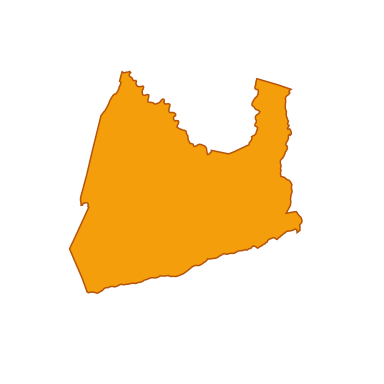 the district of Queimadas, Bahia, Brazil, rotated 24°
{"feature_id": "56859067B17136917301382", "entity_name": "Queimadas", "entity_type": "district", "adm_level": 2, "iso_a3": "BRA", "parent_name": "Brazil", "parent_adm1": "Bahia", "projection": "equal_earth", "projection_center": [-39.706, -11.046], "detail": "fine", "context": "isolated", "style": "filled", "palette": "amber", "viewbox_px": 384, "rotation_deg": 24, "n_neighbors": 0, "source": "geoboundaries", "source_scale": "gbopen_adm2", "svg_char_len": 5386}
<svg xmlns="http://www.w3.org/2000/svg" viewBox="0 0 384 384"><g transform="rotate(24 192 192)"><path d="M205.2,62.1L205.5,64.3L205.9,66.2L206.6,68.2L206.7,70.3L207.6,72.0L209.1,72.1L210.6,71.7L211.6,73.0L212.1,74.3L212.4,75.7L212.6,77.9L211.4,80.4L211.1,82.4L210.8,84.7L210.9,86.9L211.5,88.4L212.9,88.8L214.1,89.1L215.4,89.9L216.5,90.6L218.0,90.6L219.3,90.4L221.3,91.0L221.1,93.2L220.1,94.6L219.4,95.9L219.4,97.6L220.1,99.2L221.4,100.2L222.3,101.9L222.0,104.5L222.7,106.0L224.2,106.0L225.8,106.5L226.1,108.3L226.2,109.8L226.5,111.6L226.5,113.5L225.9,114.8L224.9,115.9L223.9,117.3L224.8,118.3L225.2,120.2L224.8,121.9L224.3,123.8L224.8,125.7L213.9,138.3L212.4,139.8L210.0,142.3L192.7,146.1L193.3,147.5L192.7,148.9L192.2,150.1L191.3,151.4L190.2,150.6L189.4,149.4L188.6,148.2L187.6,146.4L186.1,145.2L184.5,144.8L182.8,144.9L181.4,144.9L180.0,145.2L178.7,145.8L177.3,147.8L176.3,149.1L175.1,149.5L173.7,148.0L172.4,147.9L170.5,148.4L168.8,147.0L167.3,145.9L166.3,144.1L165.3,142.4L164.2,141.7L163.0,140.6L161.7,138.8L160.0,138.7L158.4,139.3L156.7,139.1L154.9,139.4L153.2,139.1L151.9,138.8L151.5,137.0L151.7,135.2L151.5,133.6L150.5,132.6L148.8,133.0L147.7,134.0L146.0,133.3L144.8,131.6L144.9,130.2L146.0,129.2L145.3,127.4L143.9,127.0L142.1,127.1L140.7,127.8L139.5,128.4L138.3,128.0L137.5,126.5L136.9,124.4L136.9,122.9L136.3,121.2L135.2,120.8L133.7,121.4L131.9,122.5L130.0,121.8L129.6,119.9L128.7,118.8L127.4,119.0L126.7,120.3L126.3,122.3L125.4,124.3L123.8,125.5L122.7,126.8L121.5,126.6L120.1,126.3L118.4,126.7L116.8,127.3L115.1,127.6L114.3,125.9L114.1,124.4L113.8,122.7L112.9,120.8L111.2,121.3L109.6,122.9L108.0,123.3L106.8,122.6L105.8,120.7L105.3,119.4L105.5,117.4L105.1,115.7L104.0,115.2L102.7,116.3L101.2,117.2L99.3,117.6L97.6,116.8L96.5,115.5L96.3,113.6L95.4,112.9L94.3,113.6L93.1,113.8L92.0,113.5L91.2,112.4L89.8,111.8L88.4,112.0L87.3,111.1L86.8,109.7L87.5,107.9L86.1,107.2L84.8,108.5L83.2,109.3L82.0,110.4L80.8,110.9L79.3,110.5L79.8,114.7L80.8,120.3L82.5,120.7L82.9,122.7L82.8,125.1L83.1,127.4L83.2,129.7L82.9,131.5L82.5,133.5L81.3,134.2L80.4,136.4L80.2,138.2L80.0,139.7L79.8,141.7L79.9,144.1L80.0,145.9L79.9,148.0L79.8,150.0L79.5,151.8L79.4,153.7L78.7,155.0L78.3,157.1L77.8,159.1L84.0,193.8L84.5,196.4L88.6,217.9L89.1,220.7L89.5,223.6L91.6,236.3L91.7,237.7L92.1,239.9L92.4,241.9L93.0,243.8L93.6,245.1L94.4,246.1L95.3,247.5L96.1,249.3L97.3,248.5L97.3,246.7L98.7,245.5L99.7,244.7L101.4,244.8L102.3,245.6L102.8,247.7L103.9,247.9L103.5,284.0L103.3,289.3L103.3,291.8L103.3,293.8L114.2,303.9L126.8,315.5L137.0,326.1L138.5,326.1L139.7,325.0L141.0,324.4L142.0,323.6L143.4,323.5L144.9,323.2L146.3,323.1L147.5,322.2L148.6,320.5L150.2,318.4L150.8,316.6L151.5,315.1L153.0,314.1L154.3,313.5L155.3,312.3L156.6,311.1L157.8,310.6L159.0,310.4L160.3,309.9L161.8,308.6L162.7,307.5L163.7,306.0L165.0,305.0L166.4,304.9L168.1,304.1L169.4,303.0L170.6,302.6L171.6,301.9L172.5,301.1L174.0,300.0L175.6,299.1L176.9,298.8L178.2,298.2L179.7,296.5L181.2,295.7L183.2,293.8L184.2,292.0L185.6,290.8L186.8,289.9L187.8,288.6L189.4,287.1L191.0,286.3L192.1,285.9L193.5,285.4L194.8,284.4L195.7,283.6L196.4,282.5L197.7,281.2L199.5,280.7L201.1,279.9L202.8,279.0L204.1,277.9L205.9,278.1L208.0,277.3L209.7,276.5L211.3,275.9L213.0,274.8L214.2,273.4L215.6,272.1L216.5,271.1L217.3,270.2L218.3,268.6L219.2,267.0L220.1,265.3L221.0,263.5L221.8,262.0L222.7,260.2L223.9,258.6L225.7,257.3L227.1,256.9L228.3,256.3L229.4,255.1L230.3,253.9L231.1,252.4L232.0,250.9L232.9,249.6L233.3,248.2L233.5,246.7L235.0,246.3L236.4,245.3L237.8,244.5L239.9,243.3L241.3,242.1L242.4,240.8L243.1,239.3L244.1,238.3L245.2,236.6L246.2,235.3L247.6,235.1L249.1,234.7L250.1,233.9L251.1,233.2L252.4,232.1L253.9,231.7L255.5,230.7L257.1,228.8L258.0,227.2L259.2,226.5L260.6,225.7L261.8,225.1L263.1,224.1L264.2,222.8L265.8,222.8L267.0,220.9L268.7,219.6L269.3,217.1L270.8,216.1L272.4,216.0L273.8,216.5L275.0,216.5L276.4,214.1L277.5,213.0L278.2,211.4L279.6,209.8L280.1,208.3L281.0,207.1L280.9,205.3L281.8,203.7L283.0,202.6L284.6,200.9L286.2,200.2L287.6,200.7L289.1,200.7L289.6,198.8L290.6,197.4L291.1,195.8L291.9,194.8L292.3,193.5L293.7,191.3L294.4,189.7L295.6,188.6L296.7,188.2L297.8,187.3L298.9,186.6L300.0,185.7L300.7,184.2L301.9,183.9L303.1,183.8L304.5,186.4L305.4,184.8L306.2,183.0L305.5,181.6L304.8,179.8L303.8,178.5L304.1,176.9L304.7,175.4L304.0,173.1L303.0,172.1L302.0,171.0L300.6,170.5L299.5,169.9L297.7,169.2L296.3,168.0L295.3,167.5L294.2,168.1L293.2,168.7L286.7,173.1L287.3,164.0L286.8,162.5L286.3,160.7L285.0,158.8L284.3,156.7L283.9,155.2L283.5,153.7L283.5,151.8L282.8,149.9L281.4,148.4L280.8,146.9L280.2,144.6L278.8,143.4L277.5,142.6L275.8,141.8L274.1,142.0L272.5,141.7L270.5,141.0L269.4,141.3L268.2,141.3L266.6,141.5L265.7,139.7L264.8,138.0L264.6,136.0L263.2,134.6L262.9,132.1L261.8,130.7L260.9,129.5L259.9,127.3L260.4,125.5L261.1,124.1L261.3,121.3L261.2,119.0L261.1,117.2L261.4,115.2L261.5,113.7L260.9,112.3L260.1,111.3L258.6,110.9L258.0,109.3L258.2,107.3L258.4,105.7L258.2,103.4L257.2,101.7L257.4,100.1L258.6,100.3L259.1,98.7L258.4,97.1L257.2,95.8L255.6,94.6L254.1,95.7L253.2,95.0L253.5,93.6L253.7,91.9L252.6,91.4L251.6,91.1L251.4,89.5L251.2,87.9L250.1,87.4L249.2,86.0L248.1,85.1L247.1,83.9L246.1,81.9L245.6,80.1L244.7,79.3L243.4,77.9L242.2,75.6L241.5,73.5L240.5,70.6L239.5,68.9L239.0,67.6L239.3,66.0L240.4,64.0L241.1,61.8L239.8,60.9L239.8,59.4L240.7,57.9L226.4,59.2L225.0,59.4L205.2,62.1Z" fill="#f59e0b" stroke="#b45309" stroke-width="1.5"/></g></svg>